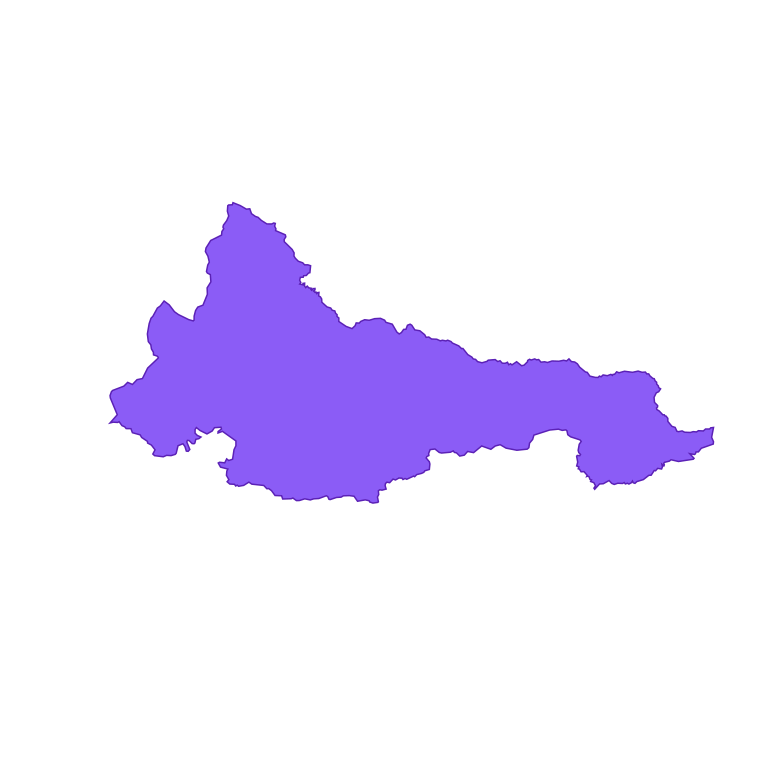 the district of Chat Trakan, Phitsanulok, Thailand, rotated 56°
{"feature_id": "78962969B67438013372379", "entity_name": "Chat Trakan", "entity_type": "district", "adm_level": 2, "iso_a3": "THA", "parent_name": "Thailand", "parent_adm1": "Phitsanulok", "projection": "orthographic", "projection_center": [100.699, 17.422], "detail": "fine", "context": "isolated", "style": "filled", "palette": "violet", "viewbox_px": 768, "rotation_deg": 56, "n_neighbors": 0, "source": "geoboundaries", "source_scale": "gbopen_adm2", "svg_char_len": 6170}
<svg xmlns="http://www.w3.org/2000/svg" viewBox="0 0 768 768"><g transform="rotate(56 384 384)"><path d="M589.1,268.2L587.4,261.2L589.3,258.0L589.9,251.4L593.7,250.8L596.0,249.3L597.0,245.7L599.9,241.8L600.0,240.0L601.8,239.8L602.4,237.7L603.9,236.9L604.2,234.0L603.4,232.3L605.3,232.6L606.7,231.5L606.3,228.9L608.3,222.4L607.8,215.5L609.0,213.5L606.8,208.3L607.8,207.4L607.0,204.3L609.7,201.4L608.4,199.5L605.9,198.5L608.4,197.8L607.8,196.8L606.2,196.5L605.8,195.2L607.5,190.6L607.3,188.4L612.9,183.2L619.3,169.7L619.0,168.5L612.7,169.5L616.1,166.0L616.0,164.8L614.8,163.3L616.1,161.3L614.7,156.9L617.9,144.6L616.1,143.1L611.4,142.2L604.3,135.1L603.0,137.7L603.4,139.2L601.1,142.6L601.5,145.5L598.5,149.5L598.5,151.7L596.4,154.3L595.5,157.1L592.1,161.7L589.6,163.1L588.2,166.5L587.0,167.6L582.8,166.9L580.1,169.0L573.7,169.6L571.2,167.9L568.3,168.1L567.4,169.0L566.3,168.8L565.4,170.1L560.3,170.9L557.7,172.1L556.3,171.5L556.0,170.0L554.9,169.2L550.5,170.0L546.1,167.6L543.6,163.2L544.0,160.6L542.7,157.4L540.5,158.3L539.0,157.6L536.6,158.0L535.0,157.0L533.1,157.5L530.7,157.0L529.7,158.0L525.9,159.0L523.6,158.9L522.5,160.5L520.3,160.6L518.6,163.5L515.4,166.1L513.3,171.4L507.9,177.5L506.1,182.9L504.0,184.3L504.9,187.4L504.1,188.7L504.6,189.8L502.9,190.5L502.0,194.2L499.0,197.3L499.4,200.0L497.9,201.0L498.3,202.8L496.7,205.1L492.6,208.9L488.0,209.0L486.6,210.3L479.4,212.4L475.4,212.4L472.4,213.6L470.2,216.1L466.6,216.6L467.0,219.7L464.8,221.8L462.9,226.3L458.9,231.8L457.6,236.4L455.4,238.4L453.7,241.6L450.2,242.1L449.3,244.0L447.5,245.0L446.4,248.6L444.9,249.5L444.8,251.7L445.8,252.6L446.7,257.3L445.8,259.7L439.7,261.6L439.7,267.2L437.9,267.8L437.8,269.8L435.0,269.5L434.6,271.9L432.9,274.3L429.6,274.8L429.0,277.1L425.9,278.2L422.5,284.3L422.8,286.0L421.2,290.9L417.8,293.9L414.8,294.3L413.1,296.0L410.8,296.1L406.5,298.1L398.7,298.7L398.0,299.9L394.2,300.7L388.3,304.4L386.3,304.7L383.3,306.7L382.9,308.6L380.4,311.1L379.7,313.2L376.4,315.2L373.3,319.4L370.1,320.6L368.9,323.0L365.9,322.7L359.9,324.5L356.4,328.2L350.8,328.1L349.0,328.9L348.4,331.7L350.9,335.2L349.7,337.2L351.1,340.8L351.0,343.4L348.2,344.3L339.0,343.7L334.0,347.9L331.4,347.8L327.6,350.2L324.6,355.2L322.9,360.6L319.9,364.1L319.1,368.4L319.7,370.4L317.8,372.9L319.5,375.3L320.2,379.5L315.1,383.2L306.9,386.5L304.0,384.5L301.8,385.2L300.2,384.1L298.4,384.6L295.9,383.9L293.9,385.7L291.2,385.7L288.3,388.1L281.5,389.8L278.6,388.1L276.2,388.0L274.4,388.9L271.7,386.7L271.1,387.9L271.5,389.1L269.6,389.0L269.6,389.9L267.5,390.4L267.4,388.6L266.2,387.8L265.3,389.4L265.8,391.6L264.6,391.7L264.0,390.7L262.2,392.6L259.9,392.9L260.3,395.0L258.4,395.1L256.0,393.4L255.3,394.9L256.7,395.5L254.0,398.0L253.3,396.2L250.8,395.9L248.8,393.7L250.3,391.3L249.3,390.1L250.6,387.7L249.8,384.6L250.3,383.2L244.9,378.7L242.7,380.4L240.8,383.2L238.1,383.6L234.3,386.4L230.1,387.2L227.6,387.1L225.0,385.2L221.1,384.9L210.3,387.1L208.4,386.0L207.1,383.1L205.2,382.4L196.2,388.1L194.9,386.8L192.0,386.4L190.1,384.3L188.9,385.3L188.5,387.7L185.8,391.6L179.8,394.2L175.4,395.2L173.2,396.9L168.7,398.6L163.7,397.3L162.1,400.3L155.7,403.4L149.2,407.8L150.6,409.5L148.7,412.7L148.8,413.8L153.1,417.2L157.9,418.8L160.6,423.0L162.5,428.3L163.9,429.8L165.7,430.1L166.9,433.1L169.7,435.4L168.1,447.4L171.7,455.5L174.3,458.0L179.6,458.5L185.3,460.7L186.8,463.6L191.5,468.3L193.3,468.4L196.2,466.8L202.5,470.4L205.4,476.9L210.9,480.3L217.4,490.0L216.1,495.4L217.7,499.1L221.5,503.4L224.8,505.7L225.0,506.9L221.4,509.9L211.5,515.6L206.9,517.3L198.3,517.8L192.2,519.9L194.2,525.8L194.3,529.4L198.6,537.7L199.2,540.4L202.6,544.9L210.2,552.2L217.1,555.7L221.1,555.4L224.9,557.2L228.6,557.4L231.0,558.8L233.9,556.5L235.7,556.2L236.3,557.0L238.6,571.0L244.4,581.2L242.3,586.3L243.7,592.8L239.3,595.6L240.3,600.9L237.6,612.5L237.9,614.2L240.4,617.6L242.6,618.7L260.3,622.3L263.1,632.9L264.2,629.9L267.0,626.2L267.1,624.7L272.0,624.5L274.5,622.9L276.8,622.7L279.5,618.8L283.7,619.8L289.8,614.6L292.8,614.8L299.3,612.2L300.8,613.0L304.5,611.0L310.5,610.6L312.8,614.8L315.1,614.3L320.9,607.7L321.6,604.1L324.3,600.6L325.6,596.4L325.2,595.0L320.0,589.3L321.1,584.1L324.5,584.0L329.1,585.4L330.3,584.0L329.7,581.6L321.7,579.9L320.8,578.5L321.9,577.2L326.1,576.4L327.3,574.9L327.2,573.8L324.6,571.0L325.8,568.1L325.6,565.4L322.3,567.5L319.1,568.1L316.1,566.1L315.2,563.9L319.7,562.5L326.4,558.7L326.9,552.7L325.4,549.0L328.7,543.3L330.4,543.9L330.6,548.1L331.8,549.0L332.9,544.4L348.4,538.6L352.4,541.3L354.6,545.1L361.7,551.6L360.6,555.5L358.1,556.3L360.3,560.1L356.9,564.1L356.8,565.6L361.5,566.0L367.2,561.0L368.3,563.0L371.6,565.7L376.5,566.1L377.3,568.7L380.7,567.8L383.6,564.0L385.6,564.0L385.8,562.3L387.5,561.7L389.6,557.0L389.8,550.9L393.1,549.6L400.9,540.4L405.3,539.7L406.3,538.0L409.6,536.9L415.5,536.7L419.4,531.4L422.7,532.3L427.2,525.1L427.6,523.3L431.7,521.8L433.3,519.3L434.9,513.9L438.9,509.9L439.9,506.5L442.5,502.1L444.4,494.3L445.9,493.6L448.8,494.1L449.7,493.3L451.5,486.8L453.8,482.9L454.0,480.2L457.1,475.2L460.3,471.6L466.4,471.5L469.6,464.3L472.5,461.6L473.9,461.8L476.5,459.8L478.7,455.3L478.5,454.5L474.0,452.6L472.7,450.2L469.4,448.4L469.3,446.7L470.9,445.0L472.3,441.0L468.9,439.9L467.4,438.5L467.0,436.5L469.0,434.5L467.9,429.7L470.0,428.1L470.3,424.2L472.1,421.8L473.8,421.7L474.1,419.4L475.7,418.4L476.9,411.0L478.0,410.4L477.4,407.5L479.1,402.9L479.5,400.4L478.8,398.7L480.2,394.2L476.0,390.7L473.8,389.9L468.9,390.4L468.1,389.0L468.4,386.8L466.5,385.8L464.2,382.4L466.4,378.1L471.6,376.5L473.4,374.9L477.7,367.1L478.2,364.0L480.1,363.9L481.6,362.4L486.1,361.5L487.9,357.2L486.7,352.4L491.0,348.1L490.0,337.7L497.9,331.9L497.6,326.4L499.3,321.6L505.4,318.7L513.2,310.9L518.1,301.7L517.8,299.5L514.4,296.4L513.1,291.8L510.2,288.3L514.8,272.4L519.0,264.6L522.1,262.2L523.7,258.9L525.1,258.5L528.8,260.0L532.2,258.8L539.9,252.8L541.9,252.6L543.1,255.8L547.5,260.1L549.7,260.9L552.3,260.5L552.9,261.8L551.3,263.7L551.6,264.7L557.1,267.1L559.7,270.1L561.6,268.8L562.9,270.4L563.9,269.6L567.0,269.7L568.5,267.2L573.3,266.6L574.0,267.7L574.3,266.6L575.5,265.9L578.4,266.6L579.5,265.6L580.4,267.2L583.1,265.2L586.7,265.6L587.7,268.2L589.1,268.2Z" fill="#8b5cf6" stroke="#5b21b6" stroke-width="1.5"/></g></svg>